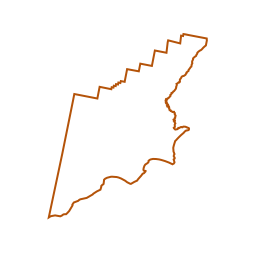 outline of San Luis Obispo, California, United States of America, rotated 281°
{"feature_id": "52423323B67227670427960", "entity_name": "San Luis Obispo", "entity_type": "district", "adm_level": 2, "iso_a3": "USA", "parent_name": "United States of America", "parent_adm1": "California", "projection": "orthographic", "projection_center": [-120.239, 35.346], "detail": "fine", "context": "isolated", "style": "outline", "palette": "amber", "viewbox_px": 256, "rotation_deg": 281, "n_neighbors": 0, "source": "geoboundaries", "source_scale": "gbopen_adm2", "svg_char_len": 4738}
<svg xmlns="http://www.w3.org/2000/svg" viewBox="0 0 256 256"><g transform="rotate(281 128 128)"><path d="M25.1,67.3L26.6,68.9L27.4,70.8L28.3,73.1L28.4,78.4L29.5,79.9L30.4,80.6L31.1,81.6L31.6,83.7L33.0,84.7L35.3,86.1L41.4,88.3L42.1,88.0L44.5,89.0L47.0,93.0L48.1,93.8L48.9,94.8L51.5,100.8L56.1,106.1L56.8,106.4L59.8,109.5L62.2,112.7L65.2,113.0L65.9,112.8L67.4,113.7L68.0,114.5L68.5,114.7L72.7,114.4L73.9,115.3L75.2,117.0L76.9,120.6L77.2,122.0L77.7,126.3L77.6,128.2L77.1,130.9L75.7,135.3L74.6,137.5L73.7,140.7L73.7,141.5L76.3,144.5L78.2,147.1L79.2,147.4L83.8,150.1L85.9,151.1L86.7,152.3L88.7,153.5L89.2,153.4L89.1,152.2L89.3,151.5L90.0,151.1L91.6,151.0L93.8,151.3L94.9,151.7L95.5,152.0L96.8,153.4L98.1,154.5L98.9,154.6L99.5,154.4L100.7,155.2L101.5,156.3L102.4,158.4L102.9,161.4L103.1,164.5L103.0,166.8L102.6,170.7L101.9,174.7L100.9,178.6L101.1,178.8L101.8,179.7L103.0,180.2L103.6,180.0L105.9,178.8L106.2,179.0L106.9,179.6L107.3,179.6L108.0,179.3L108.7,178.4L109.9,178.2L110.1,178.2L110.8,178.5L111.3,178.6L111.5,178.5L112.0,178.1L112.5,177.9L113.5,177.2L117.2,176.2L119.5,176.3L122.5,176.6L123.1,176.7L123.6,176.7L124.2,176.8L124.5,177.0L125.3,177.6L126.0,178.0L127.0,178.6L127.9,179.2L128.1,179.3L131.0,181.3L133.4,183.2L133.7,183.4L134.2,183.8L134.9,184.1L135.6,184.6L136.4,185.3L136.7,185.7L136.7,186.1L137.2,187.1L137.5,187.8L137.9,188.0L138.4,188.1L139.1,187.9L139.3,187.9L139.5,187.6L139.6,187.3L139.7,186.0L139.9,185.8L140.2,184.0L140.0,182.4L139.8,181.9L139.1,181.4L139.0,180.9L139.2,180.4L138.9,179.5L137.7,178.2L137.7,177.4L137.1,177.1L136.8,177.1L136.4,176.9L136.1,176.3L135.5,174.7L136.0,173.9L136.6,173.1L136.9,172.9L137.0,173.0L138.1,173.8L140.3,173.2L141.6,173.6L142.8,172.4L143.4,172.0L143.6,171.8L143.7,171.6L143.8,171.6L143.8,171.9L143.8,172.4L143.9,172.7L144.2,172.7L144.3,172.6L144.5,172.1L144.6,171.6L144.7,171.3L145.0,171.1L145.2,171.3L145.5,171.9L145.8,172.1L146.1,172.2L146.4,172.1L146.7,172.0L146.9,172.2L146.9,172.3L147.1,172.4L147.4,172.3L147.6,172.2L148.0,172.2L148.3,172.3L148.8,172.2L149.1,172.4L149.4,172.2L149.5,172.0L149.9,171.8L150.1,171.5L150.5,171.2L151.0,171.2L151.5,171.2L151.8,170.8L151.9,170.4L152.3,170.2L152.6,170.1L152.5,169.8L152.4,169.7L152.4,169.4L152.5,169.4L152.5,169.2L152.3,169.0L152.2,168.6L152.4,168.1L152.7,167.7L152.8,167.1L152.8,166.9L153.3,166.7L153.5,166.5L153.5,166.3L153.4,165.9L153.4,165.7L153.5,165.7L153.9,165.4L154.0,165.1L154.3,165.0L154.7,165.0L155.0,164.8L155.4,164.7L155.4,164.3L155.7,164.1L155.9,164.2L156.0,164.2L156.2,163.8L156.4,163.9L156.6,163.9L156.9,164.0L157.0,163.8L157.0,163.6L156.8,163.4L156.7,163.5L156.5,163.4L156.5,163.2L156.8,163.0L156.9,162.9L156.8,162.7L156.7,162.4L156.9,162.3L157.1,162.4L157.2,162.5L157.4,162.4L157.5,162.1L158.0,162.3L158.3,162.4L158.3,162.5L158.2,162.6L158.2,162.8L158.3,163.0L158.5,162.9L158.6,162.7L158.6,162.4L158.7,162.1L158.8,161.9L158.9,161.7L159.0,161.9L159.2,162.0L159.4,161.9L159.5,161.6L159.4,161.5L159.5,161.2L159.8,160.8L159.9,161.0L160.2,161.2L160.5,161.2L160.7,160.9L160.8,160.6L161.1,160.6L161.3,160.3L161.2,160.1L161.5,159.9L161.6,160.1L161.6,160.3L161.8,160.4L161.9,160.1L162.1,160.0L162.4,159.8L163.0,159.9L163.4,159.7L163.7,159.8L163.7,160.1L163.4,160.4L163.1,160.5L163.5,160.9L164.1,161.1L164.6,161.2L164.6,161.4L164.9,161.9L165.8,162.4L165.9,162.6L167.7,163.6L168.4,163.2L169.8,164.1L170.1,164.3L170.8,164.1L171.0,164.6L171.2,165.0L172.5,165.5L172.9,166.1L174.3,166.8L175.0,167.2L176.0,167.5L176.9,167.6L177.3,167.4L177.5,167.5L178.2,167.5L178.6,167.6L179.0,167.7L179.5,167.7L179.9,167.6L180.4,167.3L180.6,167.2L180.9,167.6L181.2,168.1L182.0,168.6L182.3,168.8L182.5,169.0L182.4,169.2L182.5,169.7L182.9,169.9L183.0,170.0L183.4,169.9L183.8,170.1L184.3,169.9L184.6,169.8L185.0,169.7L185.3,169.7L186.2,170.0L186.5,170.3L186.9,170.4L187.6,170.7L188.3,170.8L189.2,171.5L189.5,172.2L189.7,172.8L190.1,173.1L191.1,174.2L192.1,174.5L193.0,175.0L193.6,174.8L194.0,175.2L194.6,175.5L195.3,176.3L195.6,176.5L196.6,176.4L198.5,177.4L199.6,177.8L200.4,178.5L202.6,178.4L203.0,178.6L203.9,178.8L204.5,178.5L204.9,178.3L205.9,178.3L207.8,178.8L208.6,178.6L209.3,178.9L210.9,180.2L211.8,181.1L212.6,181.2L213.0,181.2L213.7,181.6L214.3,181.8L215.1,181.7L216.0,182.3L217.2,183.3L217.8,183.9L218.2,184.5L218.8,185.1L220.0,185.9L221.1,186.5L222.6,187.6L223.2,188.1L223.9,188.7L224.0,188.7L229.0,188.7L230.9,188.2L230.8,164.5L228.8,164.5L228.8,162.5L221.0,163.1L221.7,150.7L219.8,150.6L209.2,151.4L209.2,139.6L193.5,139.6L193.5,127.8L185.7,127.8L185.6,115.9L181.9,115.9L172.7,115.9L172.7,112.0L170.7,111.9L170.8,109.9L168.8,109.9L168.8,107.9L166.8,107.9L166.8,106.0L164.9,106.0L164.9,104.2L162.9,104.2L163.0,92.3L151.1,92.3L151.1,68.8L148.9,68.8L144.9,68.8L90.2,68.4L25.1,67.3Z" fill="none" stroke="#b45309" stroke-width="2"/></g></svg>